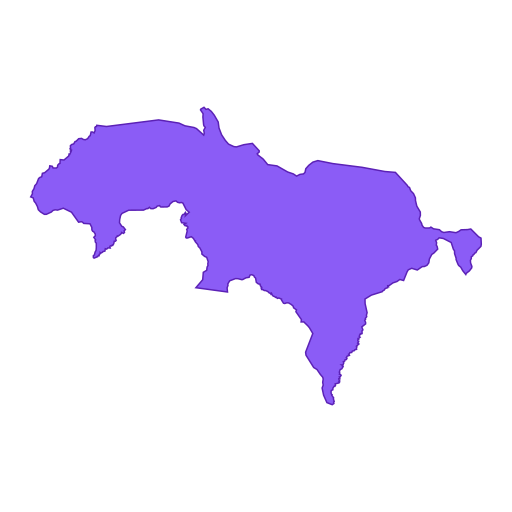 Kwahu West, Eastern, Ghana
{"feature_id": "2480657B50723205918173", "entity_name": "Kwahu West", "entity_type": "district", "adm_level": 2, "iso_a3": "GHA", "parent_name": "Ghana", "parent_adm1": "Eastern", "projection": "orthographic", "projection_center": [-0.787, 6.491], "detail": "fine", "context": "isolated", "style": "filled", "palette": "violet", "viewbox_px": 512, "rotation_deg": 0, "n_neighbors": 0, "source": "geoboundaries", "source_scale": "gbopen_adm2", "svg_char_len": 6033}
<svg xmlns="http://www.w3.org/2000/svg" viewBox="0 0 512 512"><path d="M30.7,196.9L33.2,197.9L34.2,201.4L35.6,203.0L37.4,206.5L38.3,209.7L40.5,211.9L44.3,214.3L46.4,214.3L51.4,212.0L52.9,210.5L55.1,209.8L57.6,210.1L63.3,208.2L71.5,212.2L78.6,222.2L81.3,221.7L82.6,222.2L83.7,223.4L90.0,223.8L91.8,227.4L91.9,229.9L92.7,231.3L93.7,231.7L95.2,233.9L95.3,235.8L93.8,237.3L95.6,239.9L95.1,240.7L95.4,242.2L96.3,243.2L96.3,247.5L96.1,250.3L95.1,252.1L94.4,254.8L93.3,255.8L93.4,257.6L94.1,258.1L97.1,256.9L97.3,256.5L97.7,256.6L98.6,255.4L99.1,255.6L99.4,254.2L100.3,253.7L100.2,252.6L100.9,253.1L102.5,252.2L102.9,251.6L104.9,251.1L105.3,248.7L106.7,249.1L108.0,247.9L110.2,248.0L109.8,246.9L110.0,246.2L110.5,245.8L111.3,246.0L112.2,245.1L112.7,245.4L113.7,243.8L114.3,241.2L115.5,241.2L116.2,240.2L115.6,239.3L115.8,237.6L116.8,236.9L117.3,235.9L117.9,236.2L120.4,234.5L121.6,233.1L121.6,232.5L123.5,233.4L124.5,232.4L124.1,230.9L125.4,229.6L123.3,226.9L121.8,226.3L119.5,222.8L119.7,219.5L120.6,215.4L122.0,213.4L128.7,210.2L143.5,210.1L147.0,208.5L147.8,208.7L149.4,207.3L150.7,208.6L153.1,208.7L156.2,207.4L157.2,206.1L159.6,205.6L160.4,206.8L161.0,207.0L167.2,206.9L169.0,206.1L170.1,203.9L173.0,201.5L175.9,200.9L177.6,202.3L179.6,202.8L181.5,202.5L182.9,203.1L186.2,209.7L189.2,212.2L185.5,215.7L186.0,213.5L185.4,212.4L184.0,214.5L183.1,214.4L182.1,215.4L181.2,217.6L181.4,218.4L180.5,219.7L181.6,222.7L185.8,223.3L184.0,224.5L185.2,225.8L186.8,225.5L187.0,226.5L187.9,226.9L187.8,228.3L186.7,229.3L187.2,231.0L185.7,237.1L186.3,238.0L187.5,238.0L191.3,236.7L193.4,238.4L194.7,240.6L195.4,240.9L195.2,241.6L197.8,244.6L198.3,246.5L199.9,248.0L201.9,251.9L201.9,254.1L204.6,256.4L206.7,257.3L208.2,261.7L207.8,263.8L208.0,265.5L207.1,267.0L206.7,270.3L203.3,272.3L202.7,279.7L195.9,287.7L227.5,292.0L227.1,287.8L228.0,285.4L227.8,283.9L229.7,280.8L235.5,278.6L238.0,278.7L241.9,279.7L242.8,279.5L246.0,277.8L249.1,277.3L250.1,275.0L251.8,274.7L253.8,275.6L254.4,277.0L255.6,278.1L256.3,282.3L258.3,283.9L260.1,284.2L260.3,285.7L261.7,287.3L261.1,288.0L261.7,288.6L261.6,289.5L263.1,289.7L264.2,290.5L265.8,290.6L267.9,291.6L269.3,293.0L270.4,293.2L270.9,294.1L271.5,293.3L272.2,295.0L273.2,296.1L274.7,296.6L275.5,297.4L276.4,297.2L277.3,298.4L278.9,298.0L281.5,299.1L281.3,299.7L283.5,303.2L284.8,303.5L286.8,302.8L288.6,302.9L291.3,304.5L293.2,306.2L293.6,307.8L296.5,309.9L295.9,311.7L301.4,319.6L301.1,321.9L303.8,321.9L307.8,325.8L309.4,327.7L312.8,333.5L305.6,352.2L306.0,355.2L313.7,367.5L317.0,369.5L320.3,374.4L322.7,377.2L323.2,379.0L322.7,382.3L323.2,385.1L322.1,388.0L323.6,395.2L326.9,402.6L332.2,404.7L333.9,403.5L333.6,402.1L334.2,401.5L333.4,398.9L333.6,397.8L331.8,395.3L332.1,394.7L331.5,394.3L331.1,393.2L331.1,391.0L331.4,390.4L332.8,389.8L332.9,388.1L334.3,386.1L334.9,386.3L335.5,385.4L335.2,383.9L339.0,382.9L339.4,382.4L338.8,381.8L339.8,381.0L339.0,380.0L338.8,378.8L339.9,378.8L339.4,376.9L340.1,376.9L341.1,375.4L340.7,374.7L339.4,374.2L339.8,372.9L339.3,372.2L340.2,369.5L341.7,368.9L343.1,366.6L342.5,366.2L342.8,365.6L341.7,364.9L343.0,364.8L343.8,362.9L343.3,361.8L344.7,361.1L345.1,359.7L346.4,359.5L347.0,358.2L346.3,357.6L347.1,356.2L349.4,355.4L348.6,354.2L349.4,353.8L349.8,352.6L351.7,352.5L352.3,351.1L354.2,350.7L354.6,349.9L356.6,349.3L356.4,348.3L356.9,346.8L356.4,346.2L358.9,344.0L357.6,343.1L358.7,341.7L357.8,340.8L358.0,338.8L358.7,339.2L358.6,338.5L360.1,337.2L359.3,336.6L359.6,335.0L360.2,334.6L360.1,334.1L360.9,333.6L361.7,333.9L362.1,333.5L362.0,330.9L362.9,329.9L361.8,326.9L365.6,323.9L365.6,322.3L364.7,320.4L365.6,319.2L365.3,318.3L366.7,316.7L366.4,315.2L367.1,312.7L365.1,303.6L365.0,299.0L371.4,295.1L382.2,291.7L382.5,291.1L384.3,290.0L385.2,288.5L387.7,287.7L387.7,286.2L388.2,286.4L387.9,285.7L389.0,285.7L392.9,282.9L397.0,281.5L399.8,279.5L403.6,280.5L407.1,271.8L408.3,269.8L411.7,268.3L417.3,270.0L422.2,266.6L424.4,266.5L427.0,265.3L428.8,262.8L429.4,259.0L431.8,254.4L433.8,253.1L437.7,249.1L437.1,246.3L436.3,245.2L436.6,242.6L435.7,240.5L436.0,240.0L437.5,239.5L439.2,237.8L443.4,238.5L451.2,242.5L453.4,249.3L454.5,250.8L454.6,253.7L456.1,258.2L456.1,259.6L458.0,264.3L458.7,265.5L460.7,267.1L462.8,270.8L465.8,274.5L466.3,273.3L469.4,270.9L471.7,267.9L471.9,266.4L470.6,263.0L470.4,260.3L471.3,258.6L471.3,256.8L472.7,255.9L473.1,254.8L473.8,254.5L474.8,253.1L475.9,252.6L477.0,250.3L480.9,246.4L481.3,244.3L481.0,238.1L478.6,236.8L470.8,229.0L467.5,229.6L461.1,229.8L458.8,231.4L456.0,232.7L449.5,231.7L443.8,232.5L441.6,231.7L439.4,229.7L433.5,228.8L430.9,227.1L429.8,227.9L428.4,228.0L425.2,228.0L423.6,227.4L422.1,225.3L421.6,223.4L419.5,219.7L419.3,218.7L420.4,215.4L420.3,212.0L416.8,206.1L415.5,200.6L415.4,197.8L413.5,193.6L410.7,190.7L409.5,187.5L408.0,186.7L407.3,185.4L395.4,172.4L384.8,171.5L362.0,167.3L332.9,163.6L317.8,160.6L312.9,162.1L308.8,165.3L305.8,168.7L305.0,172.4L303.5,173.9L299.9,174.4L296.6,176.1L293.3,173.9L287.7,172.0L277.0,165.9L267.7,164.6L263.2,159.1L257.8,154.9L257.2,153.8L259.2,152.0L259.2,150.8L252.4,143.4L243.8,144.7L236.5,146.9L233.9,146.6L228.5,144.1L225.3,140.4L221.6,134.8L219.0,128.0L218.2,122.0L214.2,115.1L211.3,111.4L208.1,108.8L206.0,109.4L204.0,107.3L200.7,109.2L200.5,109.9L203.1,113.7L202.9,117.1L203.6,124.5L203.9,125.8L205.3,127.4L203.7,130.3L204.3,133.1L203.7,135.1L196.5,128.6L194.0,127.5L184.9,125.8L179.0,123.1L158.6,119.9L106.5,126.5L96.8,125.3L96.5,126.5L95.5,126.7L94.9,127.5L95.1,130.6L94.1,132.9L92.6,132.0L91.1,132.0L90.2,135.7L89.2,136.3L87.6,138.7L85.2,139.8L83.2,139.4L81.6,138.4L78.7,138.7L76.2,141.2L75.0,141.6L73.7,143.9L71.7,144.5L70.4,145.7L70.5,148.2L70.1,148.7L70.7,149.1L70.4,149.6L70.8,150.2L71.5,150.2L71.1,151.5L70.6,151.5L70.9,151.9L69.7,154.4L69.1,154.1L68.7,156.0L64.0,160.0L60.2,159.6L60.0,163.4L59.1,163.7L57.7,165.2L57.5,167.1L56.4,168.0L53.1,168.0L52.3,166.3L49.8,165.8L49.4,168.3L48.8,169.2L44.7,172.7L42.4,173.3L41.7,176.8L40.1,177.3L38.6,178.5L36.6,183.7L34.8,185.7L34.0,188.7L32.3,191.5L32.4,193.9L30.7,196.9Z" fill="#8b5cf6" stroke="#5b21b6" stroke-width="1.5"/></svg>